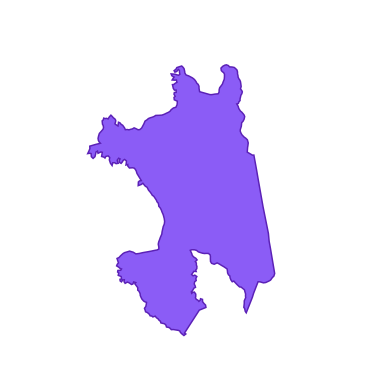 Toledo, Paraná, Brazil, rotated 32°
{"feature_id": "56859067B98926279804018", "entity_name": "Toledo", "entity_type": "district", "adm_level": 2, "iso_a3": "BRA", "parent_name": "Brazil", "parent_adm1": "Paraná", "projection": "robinson", "projection_center": [-53.821, -24.698], "detail": "fine", "context": "isolated", "style": "filled", "palette": "violet", "viewbox_px": 384, "rotation_deg": 32, "n_neighbors": 0, "source": "geoboundaries", "source_scale": "gbopen_adm2", "svg_char_len": 5729}
<svg xmlns="http://www.w3.org/2000/svg" viewBox="0 0 384 384"><g transform="rotate(32 192 192)"><path d="M224.9,127.9L223.8,128.7L217.7,128.9L216.6,126.8L215.5,124.7L214.9,123.2L213.7,120.6L211.3,118.4L209.1,117.9L207.1,117.8L204.0,117.0L202.2,116.0L200.6,114.8L199.9,113.5L199.0,110.1L198.2,108.5L197.4,106.9L197.8,105.0L197.6,102.6L196.7,100.1L195.4,99.1L194.1,98.6L191.9,97.9L190.2,97.7L188.9,97.1L187.3,96.3L185.8,94.9L183.3,93.6L184.4,92.3L184.0,90.7L184.3,89.0L183.4,87.6L182.8,85.7L182.2,84.1L182.2,82.3L181.6,80.4L180.5,79.6L178.5,78.9L177.8,76.5L176.9,75.4L176.0,74.3L174.6,72.7L173.2,71.7L171.9,71.2L170.3,70.2L169.2,68.8L168.0,67.7L167.0,66.1L165.5,64.7L163.4,64.2L161.8,64.0L159.7,64.8L157.5,66.0L155.8,65.5L153.8,65.9L152.6,67.1L151.5,69.0L150.9,71.6L152.5,73.5L154.1,73.9L155.6,74.0L157.1,74.9L158.3,76.8L159.6,79.3L160.1,82.2L160.6,84.4L160.4,86.9L160.2,88.9L160.8,90.8L162.1,93.1L162.1,94.9L159.7,96.7L157.1,99.0L155.6,99.9L150.1,101.5L145.3,102.9L143.0,100.3L141.9,98.6L140.1,97.4L138.7,97.3L136.8,96.2L134.8,95.4L133.3,95.1L131.7,95.0L127.6,95.3L125.0,95.9L122.9,94.9L121.7,93.4L119.9,91.6L118.4,91.0L116.5,90.6L115.1,92.2L113.2,94.5L113.3,96.4L112.5,98.6L114.0,99.4L115.2,97.9L115.4,95.3L116.9,95.6L118.0,97.2L119.3,98.6L118.7,100.2L117.5,100.5L115.2,101.1L111.7,102.9L113.2,104.1L114.5,104.1L115.9,104.0L115.8,105.7L115.8,107.5L117.8,106.5L119.5,105.3L121.1,107.0L120.2,108.6L119.6,110.4L118.5,111.3L119.8,112.6L121.3,114.1L123.1,114.9L124.6,114.0L125.8,115.9L124.3,117.0L124.9,118.6L127.1,119.8L126.6,121.3L128.1,123.2L131.4,122.8L132.2,124.1L133.1,125.9L133.4,128.7L131.7,130.6L130.7,133.3L130.6,135.1L129.8,136.9L128.9,138.2L127.4,140.6L125.8,142.7L123.6,144.3L120.6,146.3L119.9,147.9L118.6,149.7L117.4,151.0L116.1,152.8L115.6,154.6L114.6,156.7L115.1,159.8L115.4,164.4L114.7,166.7L113.3,167.8L110.7,168.0L108.9,168.3L108.0,170.1L106.6,171.5L105.6,172.7L104.0,173.3L102.4,174.5L101.1,173.5L99.0,172.6L97.7,172.1L96.3,172.2L94.1,171.5L92.7,171.8L93.4,173.3L94.2,175.2L92.0,175.2L90.5,175.0L90.0,172.9L89.3,171.6L87.6,170.8L86.2,170.8L84.3,170.2L82.5,169.8L82.1,172.0L82.1,174.5L80.5,174.8L79.4,175.8L78.0,176.1L78.5,177.9L78.1,179.3L80.2,182.0L81.5,182.7L82.8,184.2L83.3,185.8L82.9,188.5L82.4,191.4L83.0,193.8L83.9,196.3L85.3,197.9L86.7,198.7L88.5,199.2L84.9,202.9L81.0,207.3L82.4,209.3L82.8,211.4L83.2,214.7L84.8,213.3L86.1,212.9L87.9,215.4L90.3,215.9L91.0,213.5L90.3,211.3L89.4,209.0L90.2,207.4L91.8,209.0L93.5,206.3L94.9,205.9L96.5,209.8L98.8,209.1L100.2,209.3L100.1,207.4L101.8,205.8L104.0,206.4L104.9,208.6L106.6,210.0L107.7,210.9L110.2,211.9L109.3,209.2L110.7,208.2L112.6,208.2L114.2,206.8L112.9,205.8L111.7,204.7L111.9,202.2L113.5,202.1L113.6,204.1L114.9,205.3L116.7,205.3L117.0,203.5L116.9,201.6L117.6,200.1L119.9,200.4L120.9,202.2L121.7,204.1L122.9,202.7L123.8,204.0L126.2,204.8L128.8,202.9L130.4,202.4L131.8,202.8L133.4,203.6L135.6,205.5L139.0,207.2L143.0,209.2L141.6,210.4L141.2,211.9L143.0,215.1L145.0,212.5L145.7,210.6L149.2,211.8L151.4,211.8L154.2,213.5L156.5,214.2L158.7,215.1L160.0,215.8L161.9,215.9L166.1,217.8L167.6,218.9L169.0,219.2L170.2,220.2L171.4,221.7L173.4,222.3L175.3,223.4L177.5,225.1L179.6,226.5L182.5,229.2L184.4,231.5L185.5,233.9L185.9,236.5L187.7,241.6L188.7,243.7L189.2,247.2L189.7,249.4L190.2,252.0L191.0,254.1L193.1,256.4L194.1,258.0L193.0,259.8L191.5,261.1L188.6,263.9L186.1,266.2L182.5,269.4L179.8,272.1L177.2,274.2L174.1,274.2L170.4,275.2L168.6,277.3L166.9,279.2L166.1,280.8L165.2,284.1L164.8,286.3L163.6,288.1L167.2,291.1L166.9,292.9L167.2,294.6L169.5,294.6L171.5,294.9L173.0,294.6L173.0,296.2L170.7,297.8L171.3,299.3L172.7,299.4L173.6,301.8L176.7,301.2L178.4,303.2L177.2,304.2L178.2,305.5L179.8,305.6L179.9,303.2L181.1,302.3L181.9,304.1L183.7,304.9L184.9,302.7L186.8,302.3L189.7,302.5L190.6,301.4L190.2,299.2L192.3,298.6L192.1,300.1L195.0,301.2L196.7,301.9L198.0,304.0L199.5,304.2L200.8,305.0L201.9,305.7L202.9,307.1L204.1,308.0L206.1,309.3L208.8,310.1L210.1,310.1L211.9,309.7L212.8,311.6L213.5,313.6L213.3,315.8L214.7,316.9L216.1,318.2L218.1,317.9L220.6,318.3L222.1,319.2L223.6,318.5L225.0,318.7L226.6,316.8L228.6,317.5L230.2,317.5L232.0,318.2L233.8,318.4L234.9,319.5L236.3,319.1L238.5,318.3L240.4,318.7L241.9,320.0L244.4,319.1L245.7,319.2L247.4,319.7L249.1,318.5L253.7,316.6L255.2,316.3L256.6,317.2L258.6,317.7L261.2,318.0L262.0,315.7L260.4,315.7L260.5,307.8L260.8,288.3L265.0,282.5L263.4,280.7L261.2,280.2L259.1,279.4L257.8,277.5L255.8,278.0L256.3,279.6L255.8,281.1L254.1,280.6L252.6,280.8L251.0,279.9L250.5,278.5L249.3,276.6L247.0,275.6L245.9,276.7L245.4,278.1L244.3,277.0L244.7,275.5L244.6,272.4L245.5,271.0L244.5,270.0L242.6,268.8L241.8,266.6L242.5,264.9L241.1,263.3L240.9,261.1L238.4,261.0L237.3,262.5L235.4,262.2L235.5,260.5L235.6,258.3L237.7,257.2L236.5,256.2L236.7,254.5L235.6,252.5L234.4,251.6L233.3,249.9L231.7,249.3L232.3,246.9L230.4,246.2L227.8,246.2L225.8,245.6L224.5,244.4L223.1,243.5L221.4,242.4L222.5,241.0L224.7,239.7L226.8,239.1L229.1,239.4L230.9,239.0L233.2,238.4L235.1,237.6L236.8,236.4L238.5,235.4L240.7,235.7L241.8,236.9L242.9,238.8L244.5,241.1L246.4,242.1L249.1,241.5L250.9,238.8L253.3,238.6L255.8,238.6L258.6,238.5L261.3,238.6L262.6,238.7L263.8,240.1L265.1,241.8L266.8,242.9L268.5,243.1L269.9,244.7L271.7,246.0L273.7,246.8L274.7,245.4L276.8,246.0L278.7,246.5L280.5,246.9L282.6,247.3L284.1,246.6L286.2,246.9L288.2,247.1L289.7,248.5L291.5,250.1L292.5,251.9L293.5,253.1L294.0,256.6L295.4,258.9L297.1,262.4L298.4,262.9L300.4,265.0L302.0,265.7L300.6,258.0L299.0,249.3L297.9,245.2L295.6,233.1L297.4,232.1L298.6,231.8L300.7,231.2L302.5,229.7L304.4,226.8L305.3,225.1L305.5,222.0L306.0,220.0L305.3,217.3L288.0,197.8L283.6,193.0L278.8,186.7L260.0,166.8L240.8,145.5L235.1,139.1L224.9,127.9Z" fill="#8b5cf6" stroke="#5b21b6" stroke-width="1.5"/></g></svg>